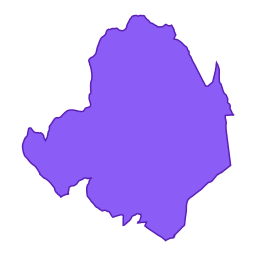 outline of Ubate, Cundinamarca, Colombia
{"feature_id": "7082276B92428342220208", "entity_name": "Ubate", "entity_type": "district", "adm_level": 2, "iso_a3": "COL", "parent_name": "Colombia", "parent_adm1": "Cundinamarca", "projection": "natural_earth1", "projection_center": [-73.82, 5.317], "detail": "fine", "context": "isolated", "style": "filled", "palette": "violet", "viewbox_px": 256, "rotation_deg": 0, "n_neighbors": 0, "source": "geoboundaries", "source_scale": "gbopen_adm2", "svg_char_len": 5713}
<svg xmlns="http://www.w3.org/2000/svg" viewBox="0 0 256 256"><path d="M233.5,114.4L232.7,114.2L232.3,113.9L231.9,112.4L230.5,109.5L230.4,109.1L230.1,108.6L230.0,108.3L230.2,106.5L230.1,105.5L229.7,104.5L229.2,103.8L228.5,103.4L227.9,102.8L227.6,102.5L227.5,102.0L227.7,100.6L227.7,99.1L227.4,98.0L226.2,95.3L226.0,94.9L224.5,93.6L224.3,93.3L224.0,93.0L223.3,91.3L222.7,89.8L222.6,89.2L221.9,86.9L221.7,86.4L221.1,84.3L220.8,83.8L220.0,83.2L219.4,81.5L219.2,77.6L219.2,73.8L219.3,72.8L219.2,69.4L218.6,67.3L218.4,66.7L217.8,65.0L216.5,62.7L216.2,64.7L216.1,66.9L215.7,68.6L215.5,70.8L215.1,72.2L214.6,74.3L213.1,80.3L213.0,81.2L212.8,81.7L212.6,82.1L211.8,82.8L209.3,84.9L207.9,86.2L205.6,85.9L201.6,78.3L195.4,66.1L194.1,63.6L192.8,61.5L190.8,56.8L189.3,54.7L189.0,54.1L189.0,53.7L189.1,52.9L189.1,52.1L189.0,51.7L188.6,50.9L187.9,50.5L187.8,50.4L187.2,48.3L186.8,47.5L186.5,47.1L185.4,46.2L184.6,45.7L182.1,43.1L180.3,41.6L177.7,39.9L176.1,39.4L174.1,39.1L174.3,37.9L174.7,36.9L175.3,35.8L175.6,35.4L175.7,35.0L175.7,34.5L174.2,31.4L174.0,29.8L173.5,28.4L173.2,28.0L172.9,27.9L172.7,27.7L172.4,26.5L171.6,25.2L170.7,25.6L168.7,25.9L167.6,25.4L166.2,24.5L165.9,24.4L165.6,24.5L165.3,24.9L164.7,25.0L164.1,25.7L163.6,26.1L162.3,26.8L161.6,26.9L157.4,26.9L156.8,26.1L156.6,25.8L154.9,25.1L152.4,23.4L150.5,22.9L150.1,22.5L148.2,20.2L147.4,19.8L147.0,19.4L146.7,19.2L146.1,18.4L145.6,18.0L145.2,17.4L144.9,17.0L144.8,16.6L144.4,16.0L143.9,15.7L143.4,15.6L141.6,15.7L140.7,15.4L140.4,15.4L139.5,15.6L137.9,16.2L137.1,15.7L136.1,15.4L133.9,15.7L133.1,15.9L132.3,16.4L131.7,17.0L131.2,17.8L130.1,19.0L127.2,24.7L126.1,28.6L125.5,29.0L124.0,30.2L123.4,30.6L122.7,30.7L121.6,30.6L119.6,30.3L118.8,29.9L117.3,28.4L117.0,28.3L116.4,28.2L115.9,28.3L115.2,28.6L114.6,28.6L112.7,28.5L111.4,28.8L109.9,29.6L109.3,29.6L108.8,29.3L108.3,29.4L107.8,29.7L107.2,30.2L106.5,31.3L105.7,34.0L104.7,35.3L104.3,35.5L104.0,35.9L101.9,37.3L101.5,37.7L100.8,38.7L100.2,39.9L99.5,41.5L97.9,46.0L97.3,47.6L96.9,49.2L96.2,52.4L95.9,53.3L95.6,53.9L95.0,54.7L93.9,55.9L93.2,56.6L92.1,57.2L90.9,57.7L89.1,59.4L88.8,61.0L89.4,62.6L89.8,64.3L90.3,66.0L90.6,66.4L90.8,67.0L91.0,68.5L91.5,71.1L91.9,73.9L91.9,77.6L91.8,79.4L91.2,81.1L90.8,82.6L90.6,84.9L90.6,86.0L90.7,90.2L91.0,92.7L90.7,93.3L89.6,94.2L89.4,94.6L89.2,96.3L89.1,97.8L89.2,99.1L89.6,100.5L90.5,103.5L90.6,104.2L90.6,105.8L90.0,106.6L89.4,107.0L86.1,107.9L85.2,108.5L83.5,111.2L82.7,111.4L80.7,111.5L78.6,111.3L78.1,111.1L76.5,110.7L74.9,110.3L72.3,110.0L70.3,110.0L68.5,110.3L66.7,111.1L64.1,113.4L62.3,115.3L61.9,115.7L60.9,116.8L59.6,117.5L58.1,117.8L56.5,117.7L55.4,118.2L54.4,119.1L52.6,121.9L50.4,125.1L49.8,125.8L49.5,126.3L49.3,127.2L49.4,128.4L49.3,129.6L49.2,130.1L48.3,132.0L47.9,133.7L47.8,134.4L47.4,136.5L46.6,138.6L45.6,140.0L45.5,140.6L45.2,140.3L44.6,138.8L44.2,138.2L44.0,137.7L43.7,136.0L43.5,135.5L42.9,134.5L41.5,133.2L40.9,132.9L40.3,132.8L39.7,133.0L39.1,133.1L38.3,132.6L36.8,132.8L35.1,132.5L34.1,131.9L33.4,131.3L32.0,129.6L31.2,128.4L30.9,128.1L30.7,128.0L30.2,127.9L28.7,128.4L27.6,133.9L27.4,135.3L27.0,136.1L25.7,137.3L24.7,138.8L23.0,143.4L22.6,145.2L22.5,146.5L22.6,147.6L23.3,151.8L24.3,154.9L25.0,156.2L26.7,157.9L28.0,159.4L28.6,160.3L29.7,161.6L31.6,163.6L33.2,164.8L34.1,165.4L34.9,166.0L36.3,167.6L37.5,169.3L39.0,172.0L39.7,172.9L39.9,174.3L42.0,176.1L42.6,176.8L44.1,178.1L46.3,179.1L47.1,179.7L48.6,181.0L49.7,182.0L50.4,182.8L53.4,186.6L54.6,188.3L54.8,189.7L55.1,190.6L55.9,192.1L56.8,192.7L56.9,193.0L57.5,193.9L59.8,195.7L60.4,196.4L60.9,197.1L61.8,196.4L63.1,195.6L64.6,195.0L66.9,194.2L67.6,194.3L68.2,194.2L68.4,194.0L68.5,193.6L68.2,192.8L68.2,192.3L68.8,189.8L69.0,187.3L71.2,186.0L71.7,185.8L73.0,185.8L73.7,185.7L74.4,185.5L76.7,183.9L77.8,182.3L78.3,181.5L78.6,181.1L80.3,180.2L82.1,179.5L84.6,177.9L85.1,177.9L85.8,177.9L87.1,178.5L88.0,178.7L89.5,178.1L90.5,178.0L91.1,178.1L90.4,178.6L90.0,179.5L89.8,179.9L89.6,180.4L89.1,181.1L88.9,183.0L88.7,183.6L87.9,184.4L87.6,184.9L86.9,186.9L86.8,188.1L86.7,190.7L87.1,194.2L87.2,195.5L87.3,195.9L87.8,196.7L90.8,200.5L91.7,202.0L92.8,202.8L93.1,203.2L93.3,203.6L94.3,204.7L95.4,206.2L96.0,206.8L96.7,207.3L98.7,208.3L98.9,208.5L99.2,209.1L99.6,209.3L99.8,209.3L100.1,209.5L101.9,210.7L102.7,210.9L104.0,210.3L105.1,210.3L106.1,210.6L106.6,210.9L107.3,211.4L108.4,211.5L109.0,211.8L109.6,212.3L110.9,214.4L111.5,215.6L112.1,216.4L112.6,216.9L112.9,217.1L113.5,217.1L115.6,216.2L118.2,215.5L120.4,214.9L121.9,214.7L123.2,215.5L123.3,216.5L123.2,220.5L123.2,225.3L124.3,225.1L125.1,224.3L127.4,222.4L128.0,221.7L129.3,220.8L130.9,218.8L131.8,216.8L132.1,216.4L132.5,216.0L133.1,215.7L134.8,215.2L135.7,214.6L136.6,213.8L137.9,213.8L140.0,214.3L140.8,214.3L140.9,214.9L140.9,215.5L141.0,216.4L140.9,216.8L140.7,217.7L140.4,218.6L140.2,219.5L140.2,219.8L139.1,221.5L138.1,221.8L137.7,223.0L137.9,223.0L139.3,222.7L139.8,222.8L141.2,222.4L142.6,222.4L146.5,222.1L144.9,225.9L146.5,226.9L146.8,227.3L146.7,227.5L147.1,227.7L157.4,234.7L161.7,237.2L165.2,240.1L165.5,240.6L167.2,239.6L170.1,238.2L171.6,238.0L173.2,237.9L173.6,237.8L173.9,237.5L174.5,236.2L174.0,236.2L173.8,235.8L179.5,230.1L182.2,227.2L184.0,225.7L184.5,225.1L184.6,224.3L185.2,218.6L185.9,213.9L186.3,211.0L186.4,205.9L186.7,203.4L187.4,200.9L188.4,199.3L190.1,197.6L192.2,196.3L196.6,192.8L201.4,189.2L204.2,186.3L207.9,182.9L209.0,182.3L210.2,182.0L211.8,181.2L217.6,174.3L218.1,174.5L218.5,174.1L219.7,173.4L220.9,172.4L221.4,172.7L222.9,171.4L230.6,165.3L226.4,132.5L226.0,128.5L225.9,125.4L226.2,123.1L226.2,122.3L225.9,120.7L225.3,118.0L225.3,115.5L226.2,115.3L227.1,115.3L228.6,115.1L230.0,115.1L230.8,114.9L233.3,115.1L233.5,115.0L233.5,114.9L233.5,114.4Z" fill="#8b5cf6" stroke="#5b21b6" stroke-width="1.5"/></svg>